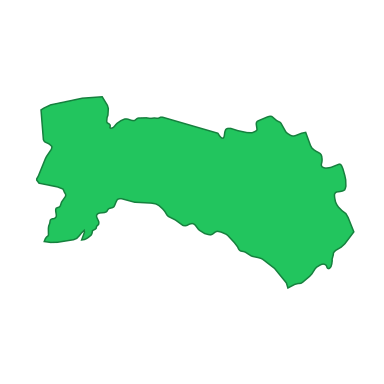 the Province of Chachoengsao, rotated 351°
{"feature_id": "THA-431", "entity_name": "Chachoengsao", "entity_type": "Province", "adm_level": 1, "iso_a3": "THA", "parent_name": "Thailand", "parent_adm1": "", "projection": "albers", "projection_center": [101.399, 13.573], "detail": "fine", "context": "isolated", "style": "filled", "palette": "green", "viewbox_px": 384, "rotation_deg": 351, "n_neighbors": 0, "source": "natural_earth", "source_scale": "10m", "svg_char_len": 4297}
<svg xmlns="http://www.w3.org/2000/svg" viewBox="0 0 384 384"><g transform="rotate(351 192 192)"><path d="M75.5,222.1L79.5,214.9L79.5,213.0L76.4,215.2L73.7,217.7L70.9,219.8L67.5,220.6L51.1,220.6L44.5,219.7L38.3,217.8L39.8,215.2L41.3,213.7L42.8,212.9L43.2,212.5L43.4,212.2L43.5,211.9L44.4,205.8L44.8,204.2L45.3,202.9L46.2,201.4L46.6,200.6L47.3,198.6L47.6,197.7L48.3,197.1L49.1,196.8L50.0,196.6L51.0,196.7L52.0,196.6L52.8,196.2L53.5,195.7L54.0,195.1L54.3,194.1L54.4,192.6L54.4,189.4L54.7,187.8L55.3,186.8L56.3,186.5L58.4,186.1L59.2,185.7L59.8,185.0L61.5,181.7L62.1,181.0L66.4,176.5L66.7,175.6L66.8,174.4L66.0,172.5L65.3,169.7L64.9,168.8L60.1,166.0L42.3,159.4L40.5,156.0L40.7,154.7L42.8,152.1L52.5,136.0L53.9,134.1L59.8,127.8L60.5,126.2L60.7,125.1L59.9,124.0L58.9,122.7L57.6,121.6L54.6,119.6L53.9,118.6L53.4,117.0L55.6,88.9L55.7,87.3L59.0,85.9L66.1,83.8L98.3,82.2L118.2,83.9L122.0,93.2L122.4,96.5L121.0,102.8L120.8,103.3L120.3,104.2L119.8,105.0L118.8,108.8L118.9,109.7L119.1,110.4L120.2,111.3L120.9,111.9L121.6,113.1L121.5,114.2L121.0,115.6L121.3,116.1L122.0,116.3L123.0,116.3L123.8,116.1L124.6,115.8L126.0,114.7L127.3,113.5L128.8,112.4L133.0,110.4L136.8,109.4L138.2,109.5L140.0,110.0L143.3,111.7L145.1,112.3L146.5,112.4L147.3,112.0L149.0,111.0L149.8,110.7L150.8,110.6L158.5,111.6L161.6,112.6L163.5,112.9L166.4,113.0L168.5,113.6L170.0,113.9L171.1,113.7L172.0,113.4L172.9,113.2L174.8,113.6L226.7,138.0L227.1,138.8L227.9,140.7L228.5,141.7L229.5,143.1L230.4,143.5L231.0,143.7L231.3,143.6L231.5,143.5L231.8,143.2L232.2,142.6L232.6,141.8L233.8,137.9L234.7,136.2L235.2,135.5L236.2,135.0L237.5,134.8L240.3,135.3L246.9,138.6L255.5,141.9L260.0,142.8L261.1,142.8L264.0,142.0L264.9,141.6L265.6,141.1L266.0,140.4L266.1,134.9L266.4,133.8L266.9,133.0L267.6,132.4L268.4,132.1L278.0,129.7L280.2,129.4L281.6,129.5L282.6,129.9L283.2,130.5L286.7,134.6L288.1,135.7L289.6,136.7L290.2,137.3L290.7,138.2L294.0,147.1L294.7,148.2L295.8,149.4L298.1,151.4L299.5,152.2L300.9,152.6L302.0,152.6L303.0,152.5L309.4,151.1L313.6,150.9L316.3,164.6L317.3,167.3L319.2,169.6L321.4,171.6L322.2,172.1L324.3,173.8L324.8,174.4L325.4,175.5L325.7,177.1L325.6,179.9L325.3,181.6L324.9,182.9L324.5,183.8L323.9,185.6L324.1,186.7L324.6,187.7L326.1,188.7L327.3,189.2L328.6,189.4L330.9,189.5L333.3,189.4L341.3,187.6L342.3,187.6L343.2,188.2L344.0,189.9L344.7,192.9L345.5,199.7L345.7,204.0L344.9,210.3L344.0,212.4L343.1,213.8L341.4,214.4L340.4,214.6L338.2,214.7L335.0,214.6L334.1,214.9L333.3,215.4L332.7,216.1L332.3,216.9L332.1,218.4L332.0,220.4L332.2,224.3L333.0,227.1L334.2,229.7L337.2,233.9L340.6,237.4L342.2,241.6L345.6,256.7L334.9,267.0L330.7,269.8L324.9,272.1L323.3,273.2L322.2,274.3L321.7,276.2L320.0,280.0L319.9,280.3L319.8,281.0L319.7,281.9L318.8,284.9L317.6,287.4L316.6,288.4L315.6,289.0L314.7,289.0L314.0,288.5L313.6,287.8L313.2,285.8L312.7,285.0L312.0,284.4L311.2,284.0L310.3,283.7L308.8,283.7L306.8,284.3L303.2,285.8L301.4,287.3L297.6,291.6L295.1,293.6L287.4,298.3L285.6,299.1L284.6,299.2L282.3,299.0L279.1,299.3L271.7,301.8L271.0,296.6L261.6,280.4L251.3,269.5L249.8,268.4L247.3,267.2L241.8,265.1L240.5,264.4L235.3,259.8L233.9,259.0L230.9,257.9L230.0,257.1L229.4,256.2L229.0,255.3L228.5,253.4L226.0,248.7L220.6,240.6L219.2,239.1L214.6,236.2L213.4,235.7L211.8,235.1L210.9,234.8L209.9,234.9L208.9,235.1L208.1,235.5L206.5,236.4L205.6,236.8L204.7,237.1L203.4,237.2L201.3,236.5L198.0,235.0L193.4,231.0L192.5,229.9L190.0,225.2L189.0,224.1L188.0,223.4L187.0,223.2L185.9,223.2L184.8,223.3L183.8,223.5L182.8,223.9L181.8,224.2L180.5,224.3L178.8,224.0L177.7,223.5L171.2,217.0L164.9,212.5L164.4,211.9L163.7,210.9L162.3,207.4L161.5,205.9L160.3,204.0L157.4,200.4L155.7,199.0L154.2,198.0L150.1,196.6L133.7,193.1L121.4,187.6L120.3,187.4L119.3,187.3L118.2,187.4L117.3,187.7L116.6,188.3L115.0,190.6L113.7,192.8L112.6,194.3L111.8,194.7L110.9,195.0L107.7,195.3L106.8,195.7L106.1,196.3L105.0,197.7L104.3,198.2L103.3,198.4L102.2,198.6L97.8,198.3L96.7,198.4L95.7,198.7L95.0,199.1L94.3,199.8L94.0,200.6L93.9,201.6L94.1,202.6L95.2,206.5L95.2,207.5L95.0,208.5L94.7,209.3L94.0,209.9L93.2,210.4L92.5,210.9L92.2,211.5L92.0,211.8L92.0,212.0L91.9,212.2L91.7,212.8L91.1,213.3L90.3,213.7L88.4,214.3L87.6,214.8L87.3,215.7L86.6,217.5L86.0,218.3L85.5,218.9L82.4,220.7L80.6,221.5L78.5,222.1L75.5,222.1L75.5,222.1Z" fill="#22c55e" stroke="#15803d" stroke-width="1.5"/></g></svg>